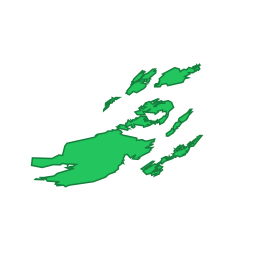 the district of Alstahaug nor, Nordland, Norway, rotated 210°
{"feature_id": "86288312B9312616634750", "entity_name": "Alstahaug nor", "entity_type": "district", "adm_level": 2, "iso_a3": "NOR", "parent_name": "Norway", "parent_adm1": "Nordland", "projection": "albers", "projection_center": [12.459, 65.887], "detail": "fine", "context": "isolated", "style": "filled", "palette": "green", "viewbox_px": 256, "rotation_deg": 210, "n_neighbors": 0, "source": "geoboundaries", "source_scale": "gbopen_adm2", "svg_char_len": 5894}
<svg xmlns="http://www.w3.org/2000/svg" viewBox="0 0 256 256"><g transform="rotate(210 128 128)"><path d="M192.8,47.4L182.6,50.9L174.4,58.9L168.1,62.3L167.2,64.4L162.5,66.3L161.6,65.3L161.1,67.4L154.6,70.6L157.6,65.5L156.2,65.9L155.4,65.6L157.4,65.0L158.1,66.2L161.8,62.7L156.7,63.7L166.5,53.3L168.0,49.5L174.0,44.7L173.2,44.8L173.9,43.4L174.5,43.9L180.0,40.8L176.9,42.2L178.2,41.0L175.9,41.9L176.8,41.2L176.0,40.7L182.3,38.0L182.6,37.1L174.4,41.4L175.8,40.8L175.6,42.1L174.8,42.7L175.5,42.0L172.7,43.0L173.6,42.6L171.3,41.7L160.5,47.1L163.1,44.1L162.9,43.0L157.5,45.2L161.3,42.1L155.4,46.2L152.7,45.9L150.6,48.9L131.1,64.3L122.9,74.2L121.6,78.2L117.3,83.4L117.8,83.5L115.9,87.7L117.3,90.3L115.5,94.1L116.1,95.2L114.3,95.2L116.4,97.0L115.5,98.1L117.1,99.6L116.9,101.8L117.5,102.8L115.6,104.8L110.9,103.3L107.8,108.8L108.6,103.6L103.6,105.9L102.9,108.0L104.1,107.9L97.5,118.1L97.9,119.7L97.2,120.5L97.8,121.3L97.0,123.4L103.2,119.2L97.8,126.8L100.7,125.0L100.6,127.2L98.7,129.1L99.4,131.7L105.5,125.7L109.8,124.6L108.9,125.6L114.4,121.7L115.3,123.6L129.5,119.1L131.8,119.3L131.0,121.2L132.5,121.9L136.1,121.2L135.2,123.4L127.3,125.9L127.7,127.3L126.6,128.0L130.3,127.8L126.6,132.6L125.2,131.7L125.6,130.6L123.4,130.8L122.7,132.6L124.7,134.2L115.7,137.7L114.8,136.6L111.1,140.6L113.6,140.8L110.5,141.2L109.0,144.2L110.9,144.1L109.4,146.5L112.0,145.4L111.5,146.3L116.7,142.2L117.5,143.1L115.0,145.3L116.8,146.3L119.2,143.1L117.0,146.5L117.6,147.0L123.2,144.3L124.0,141.6L125.4,141.3L125.0,139.9L126.3,140.1L126.1,138.2L127.9,137.7L127.6,136.1L129.0,136.2L128.2,135.6L128.4,134.6L131.8,135.0L131.3,131.9L132.3,130.8L130.9,129.2L136.5,126.9L137.3,125.0L136.2,124.8L138.2,123.4L136.3,122.9L137.6,119.7L140.7,118.6L140.1,117.5L143.8,115.3L145.1,112.5L151.5,107.1L152.1,105.6L151.2,105.8L152.6,103.0L173.2,84.2L173.6,80.7L171.0,71.5L174.4,70.0L178.5,63.6L195.8,54.3L192.8,47.4ZM126.0,176.7L120.8,179.8L120.7,182.5L116.9,185.7L114.8,184.5L103.4,195.0L103.5,199.1L100.8,201.7L104.6,201.0L101.5,205.7L103.2,206.2L99.4,208.3L98.1,210.8L99.7,211.8L97.3,211.8L97.3,213.3L95.9,213.2L95.4,215.0L97.8,216.6L97.0,218.3L97.9,218.9L98.6,217.0L98.1,216.1L99.8,216.9L99.0,214.8L100.0,213.2L100.8,213.2L100.6,215.6L102.4,213.3L100.6,212.2L105.5,210.9L106.4,207.8L109.2,206.6L111.1,202.9L113.0,204.7L117.7,203.6L125.0,192.0L123.5,192.0L125.5,186.2L124.1,184.6L124.4,183.0L123.6,184.2L123.9,182.8L123.2,181.9L124.3,179.6L125.3,179.7L125.0,181.0L126.0,180.1L126.6,177.9L125.3,179.6L124.5,178.9L126.0,176.7ZM108.5,144.8L106.5,145.0L107.0,145.8L105.6,146.9L106.6,148.2L104.9,147.4L103.8,149.0L102.3,147.1L100.1,150.4L99.3,157.7L100.9,162.6L98.8,168.6L103.0,171.9L106.7,171.8L109.9,169.0L108.6,167.9L112.6,165.4L114.8,162.0L114.3,160.9L116.1,159.5L116.5,160.1L113.8,165.2L111.1,168.0L112.6,168.3L116.2,164.3L115.8,165.7L116.9,165.6L115.9,168.3L116.7,168.1L120.7,162.8L116.3,164.2L118.7,160.9L122.6,161.7L125.2,158.6L124.0,158.2L125.4,157.3L125.8,153.9L123.1,155.1L124.6,152.0L126.7,152.0L125.8,153.7L127.2,153.8L128.4,150.6L126.0,149.6L129.9,145.4L126.7,144.2L119.7,148.0L123.2,149.8L120.5,151.2L117.9,156.1L119.8,150.9L112.6,154.4L111.3,153.5L109.9,156.9L110.6,157.4L107.1,160.9L106.2,159.3L103.4,161.5L101.5,159.3L101.8,157.8L101.2,156.9L103.0,156.1L103.5,153.5L105.8,149.4L106.5,149.9L108.5,144.8ZM93.2,98.1L88.7,97.0L85.5,100.4L83.8,98.9L80.7,102.6L80.9,100.0L78.0,103.9L78.4,105.7L76.9,109.4L85.2,101.4L83.0,107.7L82.3,107.8L83.2,104.5L82.6,104.4L78.7,110.2L78.7,111.7L81.6,111.2L85.2,106.9L81.8,114.7L80.6,114.0L79.5,117.5L74.1,124.0L73.0,127.2L71.8,126.0L72.3,127.4L71.5,128.5L68.8,128.9L64.6,134.1L67.5,131.3L64.6,136.2L64.5,137.4L65.5,136.5L66.0,137.2L64.5,138.4L64.8,141.8L65.8,140.8L65.1,142.9L62.3,145.1L60.2,158.4L62.0,157.5L62.8,155.9L62.6,154.3L63.5,154.6L63.0,153.1L63.9,152.4L63.3,151.3L64.2,151.4L64.0,148.6L64.1,148.9L64.7,148.3L63.4,147.2L64.8,147.0L65.8,143.0L66.4,144.2L65.0,146.7L64.7,151.0L65.9,146.8L67.1,147.1L67.9,144.2L66.5,145.1L68.9,137.9L68.4,140.6L70.0,138.8L69.7,137.9L70.5,136.4L71.9,135.1L71.0,136.4L71.9,136.0L71.7,138.7L70.2,140.2L71.7,140.9L72.1,137.3L73.7,134.9L72.6,137.9L73.3,137.9L74.5,134.2L72.0,135.6L74.0,132.3L74.4,132.7L73.6,134.1L74.8,133.4L74.9,131.8L75.3,132.9L73.6,139.3L74.6,138.8L74.8,136.0L75.4,136.4L75.9,133.4L76.7,133.3L76.1,133.0L76.6,131.1L75.2,130.4L75.7,128.2L75.2,128.2L76.0,127.8L74.9,127.7L75.6,124.9L77.0,124.5L75.5,124.7L76.3,122.3L77.9,123.7L77.3,122.0L79.4,119.9L78.5,122.9L80.7,119.9L79.6,122.5L81.0,122.1L83.6,118.3L82.8,117.5L82.9,115.1L84.8,111.6L84.4,110.7L87.0,110.2L92.1,100.8L93.3,101.2L90.5,106.3L88.8,112.0L90.2,111.4L96.1,99.2L92.9,99.2L93.2,98.1ZM147.1,157.2L143.5,157.4L141.6,162.4L138.2,163.0L134.2,169.9L133.3,172.8L134.4,174.8L133.8,175.5L138.9,173.8L137.6,175.8L138.3,176.1L136.4,177.3L138.5,178.0L135.7,180.0L135.4,177.1L133.4,177.4L132.9,179.2L133.7,181.1L133.2,181.7L134.4,181.8L131.6,189.6L132.4,191.5L133.9,190.3L133.7,192.8L136.0,191.2L138.1,185.6L140.4,182.5L141.3,179.0L140.6,177.4L141.4,174.9L140.9,174.9L144.7,171.1L146.0,167.9L146.6,168.1L141.5,177.6L142.0,178.3L141.4,181.2L142.0,184.3L141.4,185.1L142.4,185.2L143.6,182.8L144.0,185.5L147.4,173.6L147.3,170.6L146.1,170.8L147.4,170.1L146.6,169.7L147.4,169.5L146.7,167.8L147.2,166.2L146.1,167.6L147.4,159.5L146.7,158.8L147.1,157.2ZM90.7,140.3L89.2,141.0L86.5,146.2L86.0,149.0L87.4,149.1L85.0,152.6L86.2,153.3L84.7,154.7L84.2,159.3L86.9,159.1L89.3,156.2L89.4,151.5L87.8,149.3L89.8,149.4L89.6,147.1L91.9,142.3L90.7,140.3ZM88.1,159.9L83.9,159.8L81.7,164.3L81.5,166.0L82.3,165.7L81.5,166.6L81.8,169.1L80.7,173.7L82.5,172.1L82.1,176.0L83.6,175.2L84.2,170.9L88.5,161.8L88.1,159.9ZM158.2,131.9L157.7,130.8L155.5,136.7L156.2,140.0L154.2,142.1L154.9,143.5L153.5,144.2L154.1,146.4L152.5,146.8L150.7,150.0L154.1,148.1L154.5,146.5L156.9,146.4L156.0,144.3L157.4,143.7L159.8,138.3L159.0,136.7L157.2,142.6L156.7,141.7L158.2,131.9Z" fill="#22c55e" stroke="#15803d" stroke-width="1.5"/></g></svg>